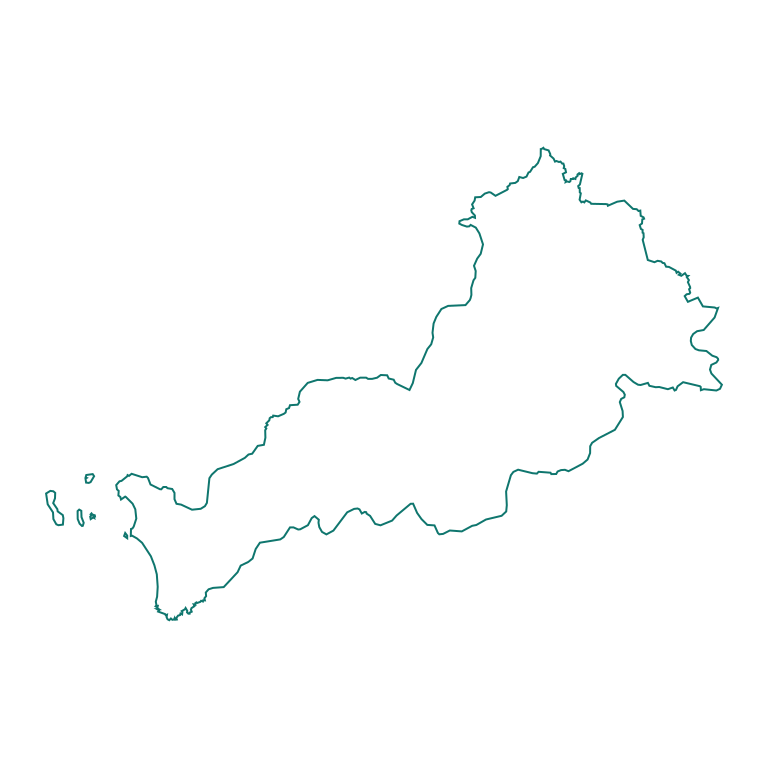 Bengkayang, Kalimantan Barat, Indonesia
{"feature_id": "22746128B96004883426087", "entity_name": "Bengkayang", "entity_type": "district", "adm_level": 2, "iso_a3": "IDN", "parent_name": "Indonesia", "parent_adm1": "Kalimantan Barat", "projection": "albers", "projection_center": [109.504, 1.033], "detail": "fine", "context": "isolated", "style": "outline", "palette": "teal", "viewbox_px": 768, "rotation_deg": 0, "n_neighbors": 0, "source": "geoboundaries", "source_scale": "gbopen_adm2", "svg_char_len": 6083}
<svg xmlns="http://www.w3.org/2000/svg" viewBox="0 0 768 768"><path d="M718.0,308.0L716.7,308.5L714.7,307.5L702.9,306.4L697.9,297.6L687.9,301.8L684.7,296.1L686.6,294.3L689.4,293.8L690.2,292.7L689.1,289.2L690.2,288.1L690.1,287.0L687.9,282.1L688.9,280.1L686.8,277.1L688.1,275.9L686.7,275.8L685.0,273.2L681.3,275.8L678.9,274.8L680.4,273.6L678.1,271.7L676.6,272.8L675.8,270.6L668.9,266.9L666.1,266.7L664.4,263.2L662.6,262.9L661.3,261.5L657.6,260.8L654.5,262.2L647.8,260.0L642.7,239.8L643.7,237.3L643.5,233.2L642.6,232.7L642.6,229.9L640.9,228.9L639.7,225.1L642.0,223.5L642.3,219.4L644.1,218.7L643.6,217.4L640.7,215.8L640.3,210.6L638.5,211.0L636.7,209.2L633.0,208.9L624.3,200.6L617.2,201.7L607.9,205.7L607.6,204.4L606.0,204.1L591.2,203.8L590.3,202.5L585.8,200.4L584.3,202.4L583.0,201.6L581.4,202.3L579.6,199.7L580.8,193.3L579.8,192.4L579.7,188.1L578.7,188.0L578.2,186.1L579.9,184.5L582.4,173.8L581.5,173.3L579.7,174.1L579.1,173.2L577.5,174.5L577.7,175.7L575.7,177.5L575.4,179.0L573.3,178.3L573.1,179.0L570.8,179.0L570.3,181.3L569.3,182.0L566.9,181.4L565.6,182.1L565.9,180.3L564.6,180.0L562.8,173.9L566.0,172.3L565.3,168.9L563.7,168.1L564.2,166.1L563.4,163.6L562.2,163.6L560.5,161.6L559.0,162.0L556.4,161.0L555.0,161.6L553.6,158.6L550.0,155.4L550.3,154.2L548.6,150.4L544.2,149.1L543.4,147.8L541.0,149.3L540.8,148.2L540.7,156.2L537.9,163.1L534.6,166.8L533.0,167.2L530.1,171.8L528.5,172.5L526.5,176.6L523.1,178.0L519.3,177.0L517.8,181.1L515.3,182.9L510.1,183.5L509.6,185.2L507.4,186.8L507.8,189.1L507.1,189.8L495.5,195.8L490.7,192.5L489.0,192.2L484.8,193.6L480.8,197.0L475.2,197.3L474.6,200.6L472.1,204.4L473.6,208.3L471.7,209.0L471.3,210.3L471.8,212.2L474.9,215.5L475.0,217.8L472.4,216.8L467.8,219.3L464.0,219.3L459.5,221.2L459.3,223.6L462.0,225.0L466.9,226.6L469.3,226.3L470.6,224.9L475.8,227.6L479.4,233.4L483.0,244.4L480.7,253.8L477.2,258.6L474.0,265.8L475.7,271.0L475.3,277.8L473.5,280.3L471.2,288.1L471.4,294.9L470.6,298.1L469.8,300.1L465.5,305.1L448.1,305.9L441.4,309.0L436.3,316.9L433.6,323.5L432.5,332.8L433.2,337.4L431.2,344.3L427.4,349.0L421.4,363.0L416.0,369.9L412.8,383.1L409.5,390.0L397.1,384.0L395.2,382.7L393.7,379.7L388.7,378.5L387.2,375.3L380.8,375.0L377.1,377.7L372.0,378.9L368.1,378.9L366.2,377.7L360.1,377.7L355.4,380.0L352.2,378.0L350.6,378.6L349.2,377.6L345.6,378.6L343.2,377.8L336.1,377.9L327.7,380.3L317.5,379.9L307.7,382.9L299.9,391.7L298.2,398.9L299.5,401.9L297.7,404.7L290.0,405.2L289.0,408.1L286.3,409.2L285.6,412.5L283.9,413.8L278.1,416.3L273.2,415.6L272.7,417.1L270.9,417.2L269.7,418.2L269.3,420.3L266.3,423.3L267.6,424.9L265.2,427.1L266.3,428.5L265.2,430.2L265.4,437.7L263.9,444.8L257.7,445.9L252.2,453.7L248.5,454.5L244.8,457.9L233.6,464.0L217.6,469.2L211.8,474.6L209.4,478.2L206.9,502.9L204.9,506.2L200.7,508.8L192.0,509.7L181.1,504.6L176.5,503.8L174.5,499.2L174.5,492.9L172.2,489.0L167.5,488.2L166.2,487.0L163.3,487.0L161.3,489.3L159.9,489.2L150.5,484.5L148.0,478.0L146.7,476.7L142.2,477.2L131.6,473.8L129.0,475.9L127.6,475.1L127.2,476.3L121.5,480.9L119.5,481.3L116.2,485.1L117.0,489.4L118.7,490.9L118.4,495.5L120.3,496.9L121.0,499.5L125.2,496.6L125.9,497.0L132.6,503.7L135.3,509.3L136.3,518.6L133.7,526.6L132.4,528.5L131.0,529.0L130.8,536.0L132.1,535.7L136.9,538.4L142.1,542.8L150.9,556.3L154.4,565.3L156.8,574.3L157.7,586.8L157.1,596.7L155.8,601.7L156.5,605.4L155.6,606.3L156.4,606.8L156.8,605.8L157.8,605.8L157.3,608.2L158.7,609.1L157.0,609.1L159.1,610.4L158.2,611.6L165.1,614.1L165.7,615.2L167.0,614.7L166.6,617.2L167.6,619.3L169.3,620.2L170.9,618.5L172.3,619.8L174.0,619.5L174.6,618.1L175.1,619.7L176.8,619.5L176.3,618.0L178.1,615.6L180.0,615.1L180.5,613.5L182.1,614.4L182.4,612.0L181.7,611.1L184.9,609.3L185.6,608.0L187.3,610.9L187.0,612.3L188.4,613.7L189.6,613.7L189.7,612.6L191.7,611.7L190.9,609.7L191.5,608.1L194.4,606.2L193.7,604.4L195.4,604.8L195.3,603.2L196.4,602.4L197.1,603.0L200.2,601.9L201.1,600.8L202.9,601.5L203.2,600.3L204.9,600.4L204.4,598.3L206.1,596.1L205.8,592.5L208.6,589.3L213.0,587.9L223.7,587.1L237.6,572.2L240.7,565.6L248.2,562.0L252.6,558.5L255.7,549.0L259.9,542.7L280.3,539.4L283.8,537.0L290.0,527.4L293.5,527.4L298.2,529.5L300.2,529.3L307.9,525.2L311.7,518.1L314.5,516.1L318.8,519.7L318.5,522.8L319.3,527.1L322.0,531.9L326.4,534.4L333.4,530.6L347.2,512.3L354.1,508.9L357.6,508.5L359.5,509.4L361.8,513.5L364.8,511.9L366.2,512.2L366.6,513.6L370.1,515.9L375.2,523.9L380.5,525.3L392.1,520.6L396.6,515.5L410.6,503.8L413.1,503.7L417.1,512.9L421.5,519.1L427.3,524.9L434.5,525.4L437.9,533.0L439.3,534.3L443.1,533.9L449.8,530.5L461.8,531.4L472.2,525.8L476.3,525.0L486.0,519.5L501.6,515.8L506.2,511.5L506.8,505.2L506.1,491.5L510.9,475.2L513.4,471.9L518.1,469.7L532.5,473.2L536.9,473.6L538.6,471.8L550.5,472.7L551.3,474.1L556.2,474.0L557.6,471.5L561.0,470.1L564.9,469.8L568.5,471.2L582.7,463.7L587.6,459.5L590.1,453.1L590.2,446.2L592.1,442.8L599.0,438.0L614.9,429.8L622.9,417.0L622.6,411.0L619.8,402.1L621.2,398.9L624.3,397.3L624.8,394.7L623.4,392.0L616.2,385.9L615.9,383.9L618.8,378.7L622.8,374.9L625.4,374.9L633.5,382.0L638.0,384.7L640.6,385.0L647.9,382.9L649.4,385.8L655.7,387.2L659.2,387.0L667.9,389.2L672.8,387.5L674.6,390.5L676.0,389.9L677.6,386.3L683.1,382.2L699.9,386.2L700.7,386.9L700.9,390.2L703.9,389.2L716.4,390.5L720.0,388.8L721.9,384.7L711.4,373.5L710.0,369.6L711.3,364.9L716.4,362.5L718.2,359.9L718.0,358.7L716.6,357.2L712.3,355.7L706.4,351.0L698.9,350.3L695.4,349.0L691.8,345.0L690.8,341.0L691.1,337.6L693.2,334.0L697.1,331.2L703.7,330.0L714.6,317.5L718.0,308.0ZM50.3,490.9L46.1,493.5L47.7,504.3L53.0,512.4L53.4,519.1L56.3,524.3L58.4,525.2L62.9,524.6L63.4,518.2L62.8,515.1L57.7,511.4L57.3,509.1L53.2,503.1L55.0,498.3L55.2,492.9L53.4,491.3L50.3,490.9ZM82.8,525.8L83.7,522.8L81.5,517.1L81.3,510.8L79.2,509.6L77.6,511.1L77.7,519.0L79.6,523.7L82.0,526.0L82.8,525.8ZM92.7,474.1L86.3,475.0L85.6,477.4L86.7,477.9L85.5,478.6L86.1,482.6L88.8,482.9L90.6,482.1L94.1,476.2L92.7,474.1ZM92.3,514.5L91.5,513.4L90.6,514.4L91.5,515.5L90.2,516.6L90.7,519.1L93.1,517.5L94.1,518.0L93.7,516.8L95.0,516.6L94.8,515.3L92.3,514.5ZM125.2,533.0L124.1,536.0L127.2,538.2L127.2,535.6L125.2,533.0Z" fill="none" stroke="#0f766e" stroke-width="2"/></svg>